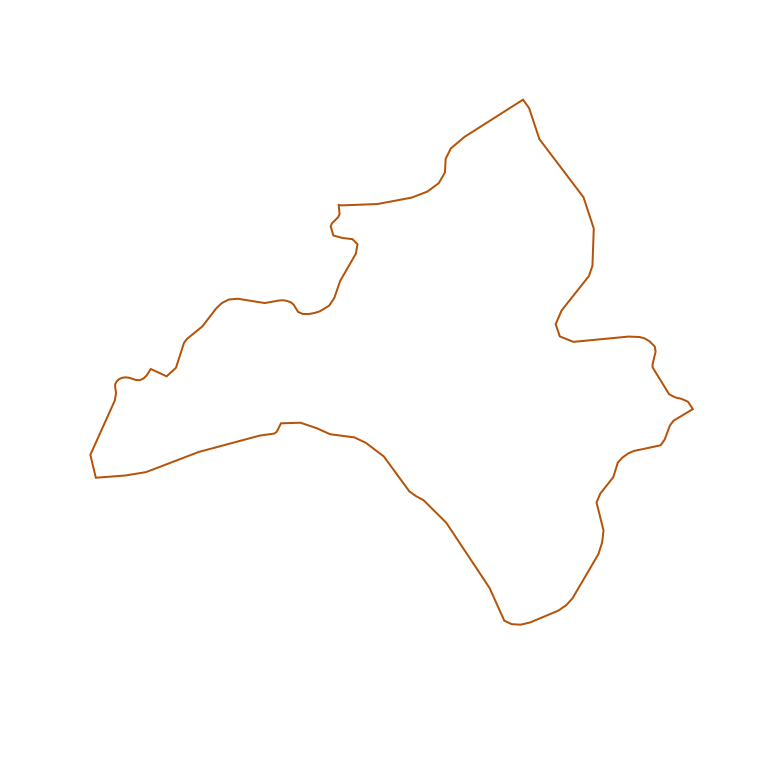 outline of Catanzaro, rotated 81°
{"feature_id": "ITA-5393", "entity_name": "Catanzaro", "entity_type": "Province", "adm_level": 1, "iso_a3": "ITA", "parent_name": "Italy", "parent_adm1": "", "projection": "mercator", "projection_center": [16.48, 38.83], "detail": "fine", "context": "isolated", "style": "outline", "palette": "amber", "viewbox_px": 768, "rotation_deg": 81, "n_neighbors": 0, "source": "natural_earth", "source_scale": "10m", "svg_char_len": 1637}
<svg xmlns="http://www.w3.org/2000/svg" viewBox="0 0 768 768"><g transform="rotate(81 384 384)"><path d="M636.6,302.2L602.1,311.6L530.8,344.2L505.0,363.1L499.7,370.0L494.1,375.7L455.4,395.6L439.3,411.1L432.1,421.6L425.2,445.0L417.0,457.6L409.2,472.5L406.7,491.9L414.4,497.4L415.8,500.1L415.5,514.8L422.1,577.4L433.8,632.9L433.9,654.0L431.5,683.3L408.0,685.1L358.1,652.4L351.0,650.1L344.6,650.0L342.5,649.6L339.9,647.9L338.0,645.4L337.0,642.3L336.9,638.6L337.9,634.9L341.2,628.4L342.0,624.8L341.1,621.0L338.6,617.3L332.7,612.0L342.4,597.5L335.4,586.9L312.1,575.1L308.8,571.8L298.7,554.4L283.0,537.8L278.7,531.5L276.3,524.1L276.9,515.1L285.4,489.1L285.1,474.8L285.5,470.6L286.8,466.7L288.8,463.2L291.4,460.9L299.3,457.6L302.0,453.5L303.1,447.7L303.0,441.5L302.2,436.1L298.0,425.9L291.4,419.7L275.4,411.2L250.9,391.4L241.8,388.3L236.0,392.5L233.3,402.1L229.4,410.8L220.0,412.0L217.2,410.3L211.9,403.0L209.1,401.3L200.1,400.7L201.0,397.6L205.2,362.5L204.2,327.4L200.7,311.0L194.2,298.5L184.6,290.7L171.3,287.9L161.8,281.2L152.4,265.6L124.9,202.2L134.3,197.5L166.5,192.2L230.9,157.7L263.3,152.5L299.7,159.6L309.3,164.6L339.3,197.2L351.8,205.1L364.5,202.9L372.0,190.4L375.4,135.2L377.6,124.1L379.8,119.4L383.3,115.1L389.4,110.7L394.7,110.7L406.3,115.6L409.6,116.1L438.7,104.0L442.7,98.6L445.3,92.3L449.1,86.5L457.1,82.9L465.5,103.7L469.7,108.1L482.8,115.5L487.8,120.4L489.2,147.4L490.7,153.5L494.0,160.1L498.3,165.4L511.9,172.1L525.9,187.4L534.2,192.6L562.9,190.1L574.5,193.3L585.5,198.8L625.2,231.4L630.8,238.4L635.0,247.0L642.4,277.1L643.1,286.7L641.2,295.4L636.6,302.2L636.6,302.2Z" fill="none" stroke="#b45309" stroke-width="2"/></g></svg>